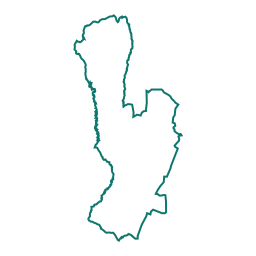 Akatsi South, Volta, Ghana
{"feature_id": "2480657B79730913179219", "entity_name": "Akatsi South", "entity_type": "district", "adm_level": 2, "iso_a3": "GHA", "parent_name": "Ghana", "parent_adm1": "Volta", "projection": "robinson", "projection_center": [0.754, 6.154], "detail": "fine", "context": "isolated", "style": "outline", "palette": "teal", "viewbox_px": 256, "rotation_deg": 0, "n_neighbors": 0, "source": "geoboundaries", "source_scale": "gbopen_adm2", "svg_char_len": 5684}
<svg xmlns="http://www.w3.org/2000/svg" viewBox="0 0 256 256"><path d="M178.3,104.6L175.3,102.6L174.2,101.1L171.8,98.9L170.4,96.5L169.0,95.2L163.8,92.3L162.8,90.5L161.6,89.5L151.6,89.5L148.5,92.1L148.2,91.6L146.5,90.8L146.8,102.9L146.0,109.4L146.1,110.9L143.5,111.3L141.8,112.7L140.7,115.5L137.1,114.7L133.3,116.9L133.6,112.5L132.2,104.9L131.7,104.5L128.1,104.1L124.9,105.5L123.5,106.7L123.3,105.8L123.6,105.5L123.6,103.9L123.3,103.7L123.8,102.7L123.5,101.5L122.9,101.5L122.7,100.6L123.8,98.8L124.2,96.4L124.7,95.3L124.2,94.0L124.6,93.1L124.1,92.4L124.1,91.4L124.4,91.0L124.2,90.5L125.1,89.4L125.2,88.6L124.6,87.4L124.6,86.7L124.2,86.0L124.7,84.3L124.1,83.3L124.0,81.9L123.6,81.7L124.0,80.5L124.0,79.3L124.4,78.8L124.9,77.3L124.6,76.6L124.7,75.4L125.6,73.9L126.2,71.5L126.9,70.8L127.0,69.1L126.7,68.9L127.2,68.2L127.1,67.3L128.1,64.6L127.2,63.3L127.2,60.9L127.7,60.1L128.3,60.0L128.7,59.5L128.6,57.8L129.2,56.9L129.0,56.0L129.5,55.3L129.4,54.7L130.3,54.0L130.2,52.9L130.9,52.7L130.9,49.7L131.6,48.7L132.3,48.5L132.6,46.5L132.3,45.8L132.4,43.5L132.1,43.0L132.5,42.2L132.6,41.0L132.1,40.7L131.9,39.3L131.4,38.8L131.6,36.9L131.2,35.3L131.4,34.7L131.1,33.1L130.6,32.9L130.1,30.0L129.6,29.4L129.8,28.7L129.3,27.7L129.4,26.7L128.8,25.7L129.2,24.9L128.7,24.7L128.8,24.0L127.7,23.4L127.4,22.8L127.0,21.5L127.1,20.0L126.3,17.6L125.2,16.7L123.0,17.2L122.2,17.8L121.9,16.6L120.1,17.6L119.2,18.6L118.5,21.4L117.8,22.1L116.6,20.6L115.5,17.0L113.8,15.4L112.4,16.3L109.8,16.5L104.9,19.1L102.5,19.1L100.0,20.3L99.1,21.7L98.1,22.4L96.5,22.2L95.7,21.7L93.2,21.7L90.0,24.8L88.5,25.5L87.1,25.4L86.5,26.3L85.4,26.1L84.9,26.7L83.5,30.8L83.9,32.0L83.8,33.3L83.6,33.9L82.9,34.5L82.8,35.6L83.2,36.9L83.7,37.4L84.3,38.8L83.3,38.3L83.5,38.9L82.6,40.3L80.8,41.9L79.9,42.3L78.8,41.7L77.8,41.7L76.8,40.8L74.6,44.6L74.9,46.7L74.5,49.4L76.3,51.4L76.0,52.9L76.4,53.7L77.7,54.0L78.6,53.7L79.1,54.1L79.3,54.7L79.9,55.1L80.8,57.5L81.6,58.7L83.6,60.5L85.3,63.5L85.8,65.1L85.2,67.1L85.7,69.0L85.7,72.3L85.4,72.7L85.3,73.7L86.0,77.7L86.3,78.1L86.1,78.7L86.6,79.0L86.6,79.6L87.4,80.1L89.3,83.7L89.7,83.7L90.1,83.3L89.7,83.0L89.9,82.6L90.0,83.0L90.6,83.2L90.4,83.7L91.0,83.3L91.1,82.8L91.5,82.9L91.1,83.7L91.2,84.5L90.7,84.6L90.6,85.2L89.9,84.5L90.0,84.7L89.2,85.5L89.2,86.3L89.5,86.9L90.2,87.1L90.2,87.6L90.5,86.7L90.9,87.1L91.2,87.0L91.7,89.0L92.2,88.2L92.9,89.3L93.5,88.9L94.7,89.0L95.2,90.8L95.2,91.5L94.5,92.2L94.0,91.9L94.0,91.6L93.5,91.6L93.1,92.5L92.8,92.6L92.7,93.7L93.1,94.6L92.9,95.1L93.1,95.3L93.3,95.1L93.5,95.6L94.2,95.4L94.5,96.7L94.4,97.3L93.9,97.5L93.9,98.1L93.3,98.5L94.2,100.1L94.0,101.3L94.6,101.2L95.1,103.5L95.8,103.0L96.1,103.7L95.1,103.9L95.1,105.6L95.7,106.6L95.8,107.7L95.6,108.0L96.1,108.1L96.8,109.9L96.4,111.0L96.0,110.8L95.3,111.7L95.6,112.0L96.7,111.6L97.0,112.0L96.7,112.4L96.8,112.8L96.1,113.2L96.8,113.7L97.0,114.4L96.6,114.9L96.3,114.2L95.9,114.2L95.2,115.6L95.6,115.9L96.1,115.7L96.5,116.2L95.8,117.5L96.8,117.2L96.2,117.8L96.8,118.0L96.8,118.5L97.1,118.5L97.0,119.0L96.6,118.7L96.5,118.9L96.6,119.5L97.0,120.0L96.3,120.3L96.6,121.1L95.9,121.0L96.2,122.6L95.9,123.5L96.4,123.8L96.4,124.4L96.8,124.5L95.9,125.2L96.6,125.8L95.5,127.0L95.3,128.0L95.0,127.8L95.0,128.6L95.2,128.8L95.9,128.6L96.0,128.9L96.6,128.6L96.8,129.0L96.3,129.9L96.8,130.0L96.4,130.3L96.8,130.5L96.5,130.9L97.2,131.4L97.2,132.1L97.5,131.8L98.1,132.2L97.8,132.6L98.1,133.1L97.6,133.1L97.8,133.6L98.2,133.5L98.6,134.2L98.3,134.7L97.8,134.7L98.7,135.6L98.6,136.0L98.1,136.0L97.9,136.3L98.6,136.7L98.5,137.3L97.8,137.3L97.9,137.7L97.5,137.9L98.4,138.6L97.6,138.9L98.3,138.9L98.6,139.4L98.1,139.6L98.5,139.9L97.8,140.5L98.8,140.7L98.5,141.0L97.9,140.9L97.9,141.2L98.3,141.3L96.4,144.3L95.7,144.7L94.7,147.5L96.2,147.4L97.3,147.9L98.5,150.3L100.0,152.2L101.8,156.5L102.7,157.2L102.6,158.2L103.1,159.0L104.0,159.9L105.2,159.4L106.4,160.7L106.9,161.7L109.5,162.3L109.4,163.8L109.9,164.6L111.1,164.9L111.3,166.2L112.0,166.5L112.2,167.8L111.7,168.2L112.1,169.7L111.9,170.7L112.7,173.1L113.5,173.9L113.5,174.7L113.1,177.0L113.2,179.0L112.7,178.9L112.8,179.5L112.2,179.6L111.4,180.5L111.7,180.8L111.5,181.5L112.0,181.5L112.1,182.1L111.9,182.3L111.1,182.0L111.4,184.3L110.9,185.0L110.2,185.0L110.1,185.3L110.4,185.8L110.1,186.5L109.0,187.1L108.4,188.4L108.0,188.1L107.5,188.2L107.7,188.9L107.2,189.0L107.0,189.5L105.6,189.5L105.1,190.1L105.4,191.6L104.8,192.3L104.8,193.0L104.4,193.4L104.0,192.7L103.6,193.7L102.0,195.5L101.5,195.7L102.1,197.7L101.4,198.0L101.3,198.6L101.8,198.9L101.9,199.6L100.9,201.4L99.5,201.5L98.5,202.6L97.8,202.8L96.5,204.4L95.2,204.4L94.2,205.0L94.3,205.6L93.7,206.5L91.4,206.8L91.6,210.2L91.1,210.4L90.8,211.0L91.0,211.8L90.2,212.7L89.8,214.2L90.0,216.2L88.4,218.4L88.4,219.3L89.1,220.6L90.9,221.6L92.6,221.7L93.5,222.5L96.1,223.4L97.6,224.4L98.8,224.6L99.4,225.0L100.9,227.5L100.8,228.6L103.4,230.2L105.1,231.9L106.3,232.7L109.0,232.5L111.8,232.9L113.2,232.7L115.2,235.2L117.7,239.8L118.8,240.6L119.1,240.6L119.4,239.7L120.7,238.0L121.2,238.2L121.7,237.0L122.8,237.5L123.2,236.6L124.6,235.7L126.6,235.5L128.4,234.4L128.5,234.0L130.9,234.9L132.0,235.9L132.3,235.9L132.4,236.3L135.3,238.7L137.7,238.6L137.7,235.9L141.8,224.6L146.3,216.2L147.1,213.2L150.4,214.4L150.9,211.7L153.1,209.7L162.1,213.2L164.9,213.2L166.1,212.2L166.0,201.7L165.4,195.2L163.7,195.0L161.7,195.5L159.6,195.6L157.6,194.1L155.8,193.9L157.8,189.9L160.4,186.0L163.7,182.2L164.2,176.6L166.9,176.7L170.4,168.6L171.1,165.7L177.8,148.5L175.1,146.8L174.6,145.6L179.0,140.6L179.2,138.7L178.4,136.4L179.3,135.7L181.5,135.4L180.6,134.0L179.1,134.3L176.6,132.9L174.5,131.1L174.5,129.3L173.6,128.6L173.5,127.4L175.3,125.8L174.7,123.3L172.7,122.6L173.2,117.5L174.7,115.2L175.4,108.7L178.3,104.6Z" fill="none" stroke="#0f766e" stroke-width="2"/></svg>